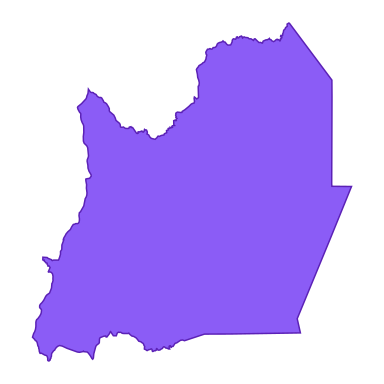 Machinga, Machinga, Malawi
{"feature_id": "42251766B63150381936487", "entity_name": "Machinga", "entity_type": "district", "adm_level": 2, "iso_a3": "MWI", "parent_name": "Malawi", "parent_adm1": "Machinga", "projection": "robinson", "projection_center": [35.39, -14.905], "detail": "fine", "context": "isolated", "style": "filled", "palette": "violet", "viewbox_px": 384, "rotation_deg": 0, "n_neighbors": 0, "source": "geoboundaries", "source_scale": "gbopen_adm2", "svg_char_len": 5795}
<svg xmlns="http://www.w3.org/2000/svg" viewBox="0 0 384 384"><path d="M32.5,337.2L34.6,339.4L35.3,340.5L36.0,340.8L37.1,342.3L37.9,345.9L38.6,346.9L38.7,348.3L39.1,349.6L39.3,351.4L39.9,353.1L40.2,353.4L40.8,353.2L41.6,353.3L44.6,355.0L46.6,355.6L47.1,356.3L47.7,358.1L47.7,360.0L47.8,360.4L48.1,360.7L48.9,361.0L49.4,360.7L49.8,359.9L50.2,359.9L50.4,358.6L50.8,358.4L51.0,357.2L51.4,356.4L51.6,353.7L51.8,353.3L53.6,350.8L54.7,350.1L54.9,349.5L56.3,347.5L57.9,346.2L59.6,345.5L62.3,346.1L67.0,348.3L77.3,352.0L79.5,352.3L82.5,351.7L83.3,351.3L83.3,351.6L87.1,352.0L88.2,352.9L90.3,355.7L91.9,358.5L92.7,359.2L93.4,358.1L93.8,353.8L95.8,346.4L96.6,345.2L98.8,343.5L99.3,342.7L99.5,339.0L99.8,338.1L100.5,337.5L103.6,336.3L105.4,336.0L105.8,336.1L106.1,337.0L106.9,337.0L109.5,333.6L110.1,332.0L110.6,331.6L113.3,335.7L113.9,335.8L116.3,335.8L117.2,333.2L117.8,332.6L118.5,332.2L119.3,332.4L120.8,332.3L122.2,333.3L123.8,333.5L128.2,333.5L128.8,333.1L130.1,334.6L131.8,336.0L133.9,336.5L136.4,338.1L138.8,341.2L140.9,341.8L141.8,342.6L142.9,343.2L143.6,344.2L143.9,345.2L144.7,346.7L144.4,347.8L144.4,349.1L145.7,349.6L146.6,350.4L147.0,350.5L147.4,350.5L148.8,349.6L149.6,349.6L151.2,348.9L151.9,349.3L152.3,351.0L152.5,351.4L152.9,351.5L154.4,350.7L155.2,350.8L156.2,350.2L156.4,348.9L156.7,348.6L157.1,348.8L157.1,349.7L158.8,350.2L160.1,349.9L161.4,348.9L162.4,348.5L163.0,347.4L163.7,346.8L164.5,346.9L165.7,348.0L167.0,348.2L168.7,349.0L169.7,349.0L169.1,347.3L169.2,346.2L170.0,345.7L170.4,345.8L170.8,347.1L171.3,347.3L171.9,346.5L173.1,346.4L175.1,343.3L176.7,342.9L180.5,340.3L182.5,340.0L184.5,340.7L204.5,334.1L230.1,334.0L300.4,332.9L297.2,318.7L330.1,239.1L351.5,186.5L331.9,186.3L331.7,184.1L332.0,96.8L331.9,80.1L289.6,23.5L288.9,23.0L287.1,24.1L287.2,26.4L285.8,27.4L285.5,27.7L285.3,28.7L284.0,29.9L283.6,30.6L283.3,32.5L282.7,33.8L282.7,35.1L282.1,35.7L281.4,35.4L280.9,35.4L280.6,36.2L280.6,36.7L281.8,37.2L281.8,37.7L281.6,38.1L280.5,38.8L280.5,39.2L280.7,39.6L280.1,40.3L280.2,40.7L279.9,40.9L278.7,39.6L277.9,39.8L277.5,39.7L277.3,39.3L276.9,39.3L275.7,40.0L274.9,40.9L273.6,41.6L271.8,40.8L271.0,39.7L269.9,39.4L269.4,38.5L269.0,39.1L268.6,39.0L267.5,39.7L265.8,39.9L263.4,41.0L263.1,41.2L262.5,43.0L262.1,43.1L260.5,42.4L258.9,42.5L255.1,38.8L254.3,38.9L253.5,40.4L251.0,38.8L249.2,38.8L247.9,37.7L245.0,37.4L244.2,36.9L243.5,37.1L242.6,38.1L242.3,37.8L242.0,36.5L241.3,36.0L240.2,36.6L239.5,36.7L238.8,37.8L238.4,37.9L237.5,37.8L237.3,36.9L236.5,37.1L235.9,38.9L235.6,39.2L233.5,38.8L233.1,39.0L232.3,40.1L232.1,42.0L230.7,44.9L228.6,45.1L227.7,45.0L226.7,44.2L225.1,42.1L223.9,41.9L223.0,40.9L222.4,41.6L220.9,42.3L220.1,42.3L218.2,43.1L217.2,44.1L216.6,45.8L215.8,46.9L215.1,47.4L213.1,47.6L212.4,48.8L211.2,49.2L210.1,48.6L209.8,48.6L208.7,49.2L207.5,49.2L206.1,51.5L205.8,52.4L206.1,54.1L206.7,54.8L206.7,55.3L206.0,58.2L206.1,58.7L204.5,62.0L202.9,62.8L202.0,63.8L199.0,65.6L198.1,67.1L197.0,68.4L196.4,69.6L197.4,74.3L197.7,77.4L198.7,80.1L199.3,82.9L198.9,85.7L198.3,86.1L198.2,86.6L198.5,97.5L197.6,98.4L196.6,98.9L194.7,97.2L194.4,97.0L194.1,98.3L194.5,101.5L194.0,103.1L192.3,103.5L191.1,104.2L188.9,106.4L184.8,109.8L182.2,111.4L181.9,112.4L180.8,112.5L177.5,112.1L176.3,112.7L175.8,113.4L176.0,114.2L175.6,115.1L175.8,115.8L176.3,116.5L175.8,117.2L176.0,117.6L177.0,118.4L176.1,119.3L176.0,119.7L176.3,120.5L175.9,120.7L174.8,120.2L173.7,120.7L173.8,124.9L174.4,125.5L172.3,125.8L171.7,126.9L172.3,127.4L172.0,127.6L170.8,127.7L170.0,127.3L169.9,128.2L169.5,128.4L168.4,128.3L168.1,128.6L168.4,129.8L166.5,130.5L166.7,132.7L164.4,133.7L164.0,134.9L161.2,135.5L159.4,136.4L158.2,136.1L157.8,136.3L157.0,137.6L155.1,139.3L151.4,138.4L150.0,137.2L148.6,134.8L147.0,134.0L147.3,132.8L147.3,131.9L146.6,130.2L145.9,129.8L145.1,130.1L144.5,129.5L144.0,131.3L143.5,132.0L142.3,131.8L141.9,131.0L139.5,131.9L138.3,131.8L137.9,132.1L138.0,133.3L137.2,133.5L136.5,133.2L132.8,127.8L132.5,127.5L131.3,127.5L131.0,126.7L129.3,127.1L128.8,128.4L127.5,128.5L125.4,128.4L123.4,127.0L122.1,127.3L120.9,127.2L120.5,126.9L120.2,124.7L119.6,123.4L116.0,120.4L115.2,117.9L113.8,115.1L109.7,111.6L109.3,110.8L109.3,108.7L108.5,106.9L106.5,103.7L105.4,102.9L103.8,102.1L103.3,100.7L101.7,98.0L100.9,97.5L99.3,97.5L98.5,97.2L97.1,96.1L96.1,94.5L93.9,93.4L93.3,92.7L92.5,92.5L91.2,92.5L90.4,92.1L88.4,89.2L88.0,93.4L86.9,96.0L86.6,97.4L86.1,98.7L81.6,103.6L77.9,106.6L77.5,107.5L78.0,109.3L79.5,112.1L80.7,113.5L80.8,114.3L80.7,117.0L81.1,119.7L82.2,122.6L83.3,124.6L83.7,126.0L83.8,132.4L83.3,136.5L83.4,141.1L84.2,143.3L86.7,145.7L87.7,147.7L88.5,155.8L88.3,157.1L87.3,159.6L87.1,161.1L87.9,165.4L88.0,168.1L89.0,171.2L91.1,174.8L91.2,176.2L89.6,178.3L87.0,178.7L85.8,179.1L85.9,181.0L86.6,184.7L86.4,188.1L87.0,192.9L86.8,195.2L86.2,197.0L85.2,198.7L83.8,205.9L80.4,211.9L79.5,212.5L79.3,212.9L79.0,215.7L79.4,218.5L79.4,220.3L79.1,222.1L78.4,223.2L77.7,223.6L75.7,223.6L74.6,224.2L73.4,224.4L73.1,224.7L71.6,227.0L70.4,229.5L67.9,231.7L66.0,234.0L65.4,235.3L64.0,237.6L63.3,239.4L63.3,239.9L63.7,239.9L63.6,240.4L61.9,245.0L61.8,249.2L61.5,250.0L60.5,251.4L60.5,254.2L59.7,257.0L58.7,259.7L58.4,260.1L53.5,260.1L52.3,260.6L51.9,260.4L51.5,259.7L48.2,258.4L47.1,257.5L42.9,257.2L42.8,259.9L43.5,260.3L44.3,260.2L44.3,261.1L45.3,262.0L45.8,262.7L46.1,263.0L46.9,263.0L47.2,263.4L47.1,264.2L47.8,265.3L48.0,266.1L48.9,265.9L50.1,267.5L48.3,271.8L48.6,272.1L49.8,271.9L51.1,272.3L52.4,273.6L53.0,276.1L52.9,279.4L53.1,280.1L52.4,282.8L51.9,283.5L51.5,288.1L49.7,292.7L49.5,293.1L47.0,294.8L45.8,296.2L43.7,300.3L42.0,302.6L40.4,304.2L39.7,305.4L39.6,307.2L40.1,308.2L41.2,309.3L41.5,310.1L41.3,312.5L40.9,313.9L39.8,316.0L37.7,318.8L36.7,319.6L36.3,320.4L35.9,322.1L35.9,326.3L35.5,329.3L34.6,331.9L33.7,333.4L32.5,337.2Z" fill="#8b5cf6" stroke="#5b21b6" stroke-width="1.5"/></svg>